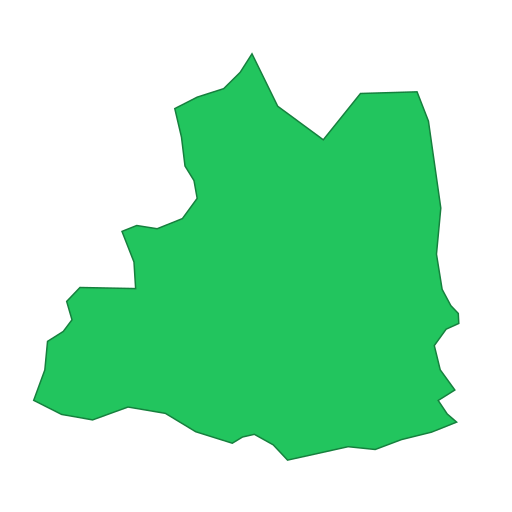 an SVG outline of Muramvya, rotated 274°
{"feature_id": "BDI-3365", "entity_name": "Muramvya", "entity_type": "Province", "adm_level": 1, "iso_a3": "BDI", "parent_name": "Burundi", "parent_adm1": "", "projection": "natural_earth1", "projection_center": [29.66, -3.246], "detail": "fine", "context": "isolated", "style": "filled", "palette": "green", "viewbox_px": 512, "rotation_deg": 274, "n_neighbors": 0, "source": "natural_earth", "source_scale": "10m", "svg_char_len": 806}
<svg xmlns="http://www.w3.org/2000/svg" viewBox="0 0 512 512"><g transform="rotate(274 256 256)"><path d="M96.5,44.3L127.6,53.3L156.3,54.0L167.3,69.0L179.5,76.9L197.5,70.3L212.3,82.6L215.1,138.2L241.5,134.7L271.2,120.6L278.1,134.9L276.3,155.5L288.2,180.0L309.4,193.3L326.9,188.9L340.8,178.9L369.3,173.4L397.4,164.7L410.4,186.3L420.7,212.1L438.1,227.4L457.4,237.9L406.9,267.2L376.6,315.0L425.4,348.9L431.0,405.2L402.6,418.6L316.7,437.0L270.4,435.9L235.7,444.0L220.1,453.8L212.8,461.8L202.9,463.0L196.3,450.8L179.1,440.1L155.3,447.7L136.2,463.7L124.6,447.8L111.7,457.8L104.3,467.7L92.5,443.3L83.0,413.9L71.3,388.4L72.2,361.2L54.6,301.7L68.8,286.4L78.0,266.8L74.5,255.2L67.6,245.4L76.5,208.1L92.7,176.6L96.4,138.8L81.1,104.4L84.4,73.1L96.5,44.3Z" fill="#22c55e" stroke="#15803d" stroke-width="1.5"/></g></svg>